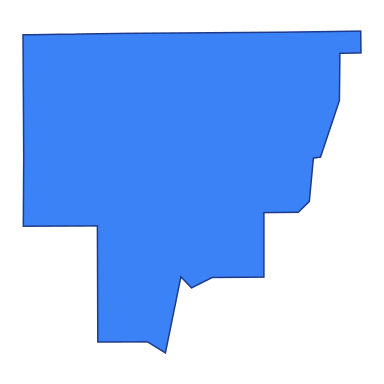 Catoosa, Georgia, United States of America
{"feature_id": "52423323B32210031675876", "entity_name": "Catoosa", "entity_type": "district", "adm_level": 2, "iso_a3": "USA", "parent_name": "United States of America", "parent_adm1": "Georgia", "projection": "natural_earth1", "projection_center": [-85.131, 34.878], "detail": "fine", "context": "isolated", "style": "filled", "palette": "blue", "viewbox_px": 384, "rotation_deg": 0, "n_neighbors": 0, "source": "geoboundaries", "source_scale": "gbopen_adm2", "svg_char_len": 499}
<svg xmlns="http://www.w3.org/2000/svg" viewBox="0 0 384 384"><path d="M360.7,31.1L283.5,32.2L283.4,32.2L123.1,33.4L116.8,33.5L80.5,34.0L78.9,34.0L75.7,34.1L74.2,34.3L64.1,34.3L58.0,34.3L35.0,34.7L23.0,34.8L23.5,119.2L23.7,157.8L23.3,226.2L97.4,225.9L97.8,342.0L147.6,341.9L165.4,352.9L180.9,276.8L191.5,287.9L212.2,277.5L263.9,277.1L263.9,212.6L298.2,212.3L309.3,201.5L313.4,158.1L320.5,157.1L339.4,100.5L339.9,53.3L361.0,52.9L360.7,31.1Z" fill="#3b82f6" stroke="#1e3a8a" stroke-width="1.5"/></svg>